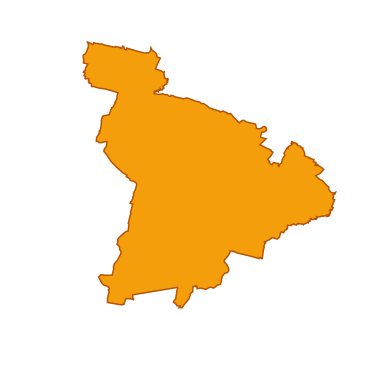 Kota Tangerang, Banten, Indonesia, rotated 195°
{"feature_id": "22746128B7613374511026", "entity_name": "Kota Tangerang", "entity_type": "district", "adm_level": 2, "iso_a3": "IDN", "parent_name": "Indonesia", "parent_adm1": "Banten", "projection": "robinson", "projection_center": [106.652, -6.177], "detail": "fine", "context": "isolated", "style": "filled", "palette": "amber", "viewbox_px": 384, "rotation_deg": 195, "n_neighbors": 0, "source": "geoboundaries", "source_scale": "gbopen_adm2", "svg_char_len": 6011}
<svg xmlns="http://www.w3.org/2000/svg" viewBox="0 0 384 384"><g transform="rotate(195 192 192)"><path d="M245.0,63.4L230.4,64.8L230.1,65.3L228.7,65.8L228.3,71.5L227.2,72.3L224.5,72.7L224.3,73.1L220.7,72.8L220.7,73.6L221.6,73.8L222.6,77.4L181.3,96.1L180.9,95.5L181.1,93.1L180.1,84.8L181.4,81.6L181.3,80.7L178.5,79.6L177.0,78.2L174.0,78.9L174.4,78.0L174.1,77.9L174.5,76.9L173.0,77.5L171.7,77.4L170.8,80.4L167.4,87.8L167.0,91.3L167.2,93.6L165.4,95.9L166.4,98.9L166.2,99.6L166.7,100.5L166.4,100.7L165.4,101.7L164.4,101.8L164.1,102.3L163.8,101.8L163.2,102.1L163.1,101.5L162.3,101.5L162.0,100.0L158.4,101.5L153.6,101.5L150.0,104.7L148.7,105.0L146.8,104.7L145.8,105.1L143.3,108.7L140.8,110.0L140.5,112.4L141.0,117.2L140.7,119.1L139.7,121.3L138.7,122.4L136.9,123.4L136.2,124.9L136.3,126.5L137.1,127.9L139.7,131.0L142.0,132.3L143.1,133.5L143.1,134.9L140.9,139.0L140.4,140.5L139.9,142.4L139.7,145.1L135.9,145.2L135.8,145.5L135.1,145.1L133.3,145.1L133.0,144.8L118.2,145.2L110.0,145.1L110.0,146.1L108.4,146.2L107.7,145.6L106.9,145.8L108.0,153.9L108.0,157.5L108.6,158.3L108.6,158.9L108.3,159.4L108.5,161.6L107.9,161.5L107.8,162.4L109.0,162.6L105.1,165.8L102.8,168.5L101.3,169.0L100.6,168.6L97.3,168.7L96.7,170.0L96.1,170.3L95.9,171.2L95.9,176.2L95.0,176.6L93.1,176.3L92.2,179.1L90.9,180.3L91.1,181.1L90.3,181.3L90.5,182.6L91.2,183.9L91.1,184.5L87.7,185.2L87.3,186.2L86.7,186.3L85.6,187.5L84.1,187.1L83.3,187.3L82.7,187.0L82.1,188.4L81.1,188.5L81.1,189.0L76.6,189.6L75.8,189.2L75.0,190.5L73.6,191.3L72.7,192.5L72.2,192.8L71.7,192.4L71.4,194.5L70.5,194.3L70.7,197.0L70.0,197.2L70.0,196.6L68.9,196.4L67.3,197.2L66.1,198.6L65.6,198.5L65.5,197.6L65.2,197.7L64.5,198.3L65.0,200.0L64.5,199.7L63.9,200.6L62.0,201.2L60.6,202.2L58.1,202.9L57.8,203.3L56.6,203.7L56.0,204.6L55.5,204.7L55.4,203.3L55.0,203.3L54.1,204.0L53.9,205.7L53.2,205.1L53.1,206.0L53.6,206.8L52.9,207.3L52.9,207.9L53.7,208.9L53.2,209.6L54.3,210.5L53.6,210.9L53.3,210.5L52.2,210.5L51.8,212.0L51.5,213.6L53.2,213.7L52.2,221.4L54.2,221.7L54.1,224.7L54.9,225.2L55.1,225.9L54.3,226.8L53.4,227.0L53.2,228.9L54.8,227.7L57.2,227.5L58.3,228.0L60.9,230.1L61.0,232.1L63.8,233.4L69.3,236.9L71.0,236.9L73.9,238.1L76.7,239.8L73.1,243.1L70.7,247.9L73.4,249.2L77.7,250.4L77.6,251.0L78.8,251.1L78.9,249.5L80.0,249.6L79.9,252.6L82.7,252.9L82.5,254.8L86.6,255.0L87.0,255.1L86.9,255.4L92.7,256.1L93.3,258.8L96.2,262.3L96.7,262.4L96.3,263.1L98.4,263.6L99.0,264.2L102.4,264.4L102.5,265.4L103.6,265.4L103.7,266.0L108.8,266.4L108.7,264.7L107.4,264.7L108.3,263.0L110.4,261.0L110.5,259.1L111.3,259.6L111.6,259.0L113.2,253.3L111.8,251.6L113.2,247.3L113.0,243.1L114.5,241.5L114.6,239.2L115.1,239.2L115.5,240.8L116.4,242.0L117.1,241.5L120.6,241.6L121.0,240.9L121.2,241.0L121.8,239.1L122.5,239.0L125.3,240.9L125.0,241.4L127.4,243.3L125.3,246.9L124.1,251.4L126.1,252.0L126.2,252.7L126.9,253.0L131.1,253.6L134.6,254.5L135.6,254.4L137.7,255.3L138.1,254.9L138.7,255.2L134.2,262.6L139.6,262.5L140.1,263.2L140.1,267.8L137.6,268.8L136.0,270.6L136.3,272.1L137.1,273.3L137.7,273.8L139.0,273.8L140.5,273.2L141.0,272.0L143.7,270.3L146.1,270.0L148.2,274.1L157.8,273.7L160.4,274.7L162.1,274.0L162.4,273.3L163.5,272.6L164.1,270.9L171.4,275.2L175.0,277.8L178.2,276.7L178.8,277.8L181.4,277.7L182.3,278.4L185.8,276.5L186.6,277.2L192.7,277.5L192.9,277.2L193.7,277.6L197.0,277.8L203.4,280.4L205.8,279.7L207.3,280.8L212.0,280.7L221.2,281.6L224.2,279.9L233.6,279.5L235.1,280.1L237.2,280.0L237.3,278.8L239.3,278.7L241.0,279.8L243.0,278.9L246.0,279.4L247.2,278.2L248.1,278.4L248.7,277.8L253.9,277.2L253.6,278.5L254.1,278.7L255.0,278.4L254.1,279.1L254.0,280.1L252.7,279.7L252.3,280.9L250.6,280.1L250.7,280.8L251.2,281.5L251.0,281.8L250.2,281.7L249.8,283.5L249.5,282.9L249.1,283.0L248.6,283.8L248.7,282.3L247.3,282.9L247.0,283.9L246.0,284.5L246.3,285.5L246.8,285.5L247.0,285.9L247.2,286.2L246.8,286.2L247.1,287.2L246.2,287.8L245.9,288.7L244.3,289.8L244.7,290.5L243.9,291.8L244.4,292.0L245.0,293.2L244.3,293.3L244.0,294.2L244.6,294.5L244.8,295.2L245.4,294.7L247.8,294.9L249.7,299.0L249.9,300.8L251.2,300.2L253.4,301.1L258.9,301.3L259.1,301.6L258.5,306.5L257.3,313.2L260.8,313.4L261.1,314.6L262.5,316.5L264.2,317.5L267.2,318.6L269.0,320.6L268.7,318.5L269.1,315.9L270.1,315.2L273.9,314.0L278.1,313.8L292.3,314.1L292.0,312.3L292.8,312.1L294.6,312.8L295.4,314.7L296.6,315.1L296.9,314.5L296.9,312.5L297.5,312.3L298.3,312.4L298.4,312.9L300.8,313.0L302.3,312.6L303.7,312.7L303.8,312.0L306.4,311.7L315.3,311.3L316.9,311.7L319.6,311.0L321.9,311.0L323.2,310.6L325.4,310.9L325.8,308.8L331.8,309.9L331.6,309.2L330.5,308.5L329.7,305.1L330.4,298.9L331.0,297.6L332.1,296.6L332.5,295.5L331.0,292.0L330.2,288.5L326.0,288.7L325.8,288.3L326.9,284.0L326.5,281.5L327.7,280.8L327.9,279.4L325.8,279.0L326.4,276.4L324.8,276.0L324.8,274.1L324.1,273.7L322.3,274.5L320.7,274.4L320.7,271.9L319.8,271.9L319.7,270.6L317.1,270.6L316.4,267.9L313.9,268.4L309.1,268.3L301.8,269.1L289.2,268.8L289.3,265.5L288.8,263.6L288.8,262.1L289.6,258.6L289.1,258.4L290.5,253.2L291.5,252.6L291.2,252.3L291.6,250.5L292.0,245.2L297.0,242.8L297.2,242.0L298.0,242.0L298.1,237.4L297.7,237.2L296.6,229.8L296.5,228.3L297.4,226.9L296.7,226.4L297.1,225.7L296.4,225.2L297.3,223.5L297.2,223.3L298.3,219.9L297.5,216.1L296.1,216.5L294.7,215.7L292.7,216.0L288.4,218.4L287.3,218.6L286.7,216.6L286.6,213.8L287.0,212.2L287.4,212.0L287.9,210.6L287.5,208.2L284.5,206.3L277.6,200.2L270.2,195.9L263.6,192.6L259.0,191.3L259.4,189.8L255.8,188.9L255.0,187.6L254.0,187.1L251.7,187.3L248.2,186.3L247.3,184.6L247.3,179.7L248.2,175.8L247.5,173.5L247.8,172.5L247.6,170.5L247.9,167.8L248.6,166.6L248.9,165.1L246.3,165.0L246.0,155.9L245.3,155.5L245.7,154.1L245.4,145.1L244.7,144.7L244.5,144.1L243.6,137.6L245.1,137.1L246.6,135.4L250.8,129.0L251.4,127.0L250.8,124.4L251.0,122.1L248.1,120.6L246.8,117.6L245.3,116.2L244.8,114.3L246.2,107.3L248.5,102.3L248.5,99.0L247.7,97.6L247.6,91.0L255.1,88.9L258.1,88.8L258.9,88.3L260.2,85.6L256.7,81.9L254.2,79.7L252.8,79.2L250.3,79.2L247.5,78.3L246.8,77.1L247.4,75.5L246.3,74.3L246.1,67.5L245.0,63.4Z" fill="#f59e0b" stroke="#b45309" stroke-width="1.5"/></g></svg>